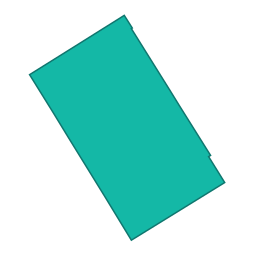 Lyon, Kansas, United States of America, rotated 328°
{"feature_id": "52423323B39562727260187", "entity_name": "Lyon", "entity_type": "district", "adm_level": 2, "iso_a3": "USA", "parent_name": "United States of America", "parent_adm1": "Kansas", "projection": "natural_earth1", "projection_center": [-96.128, 38.455], "detail": "fine", "context": "isolated", "style": "filled", "palette": "teal", "viewbox_px": 256, "rotation_deg": 328, "n_neighbors": 0, "source": "geoboundaries", "source_scale": "gbopen_adm2", "svg_char_len": 339}
<svg xmlns="http://www.w3.org/2000/svg" viewBox="0 0 256 256"><g transform="rotate(328 128 128)"><path d="M72.4,105.1L72.0,174.9L71.4,224.9L181.1,225.5L181.2,195.0L183.5,195.0L183.4,135.2L183.5,120.2L183.5,45.5L184.6,45.5L184.5,30.5L118.4,30.6L72.8,30.6L72.7,75.2L72.4,105.1Z" fill="#14b8a6" stroke="#0f766e" stroke-width="1.5"/></g></svg>